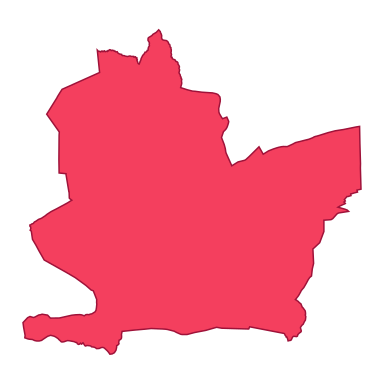 Francisco I. Madero, Hidalgo, Mexico
{"feature_id": "50627088B57086733135825", "entity_name": "Francisco I. Madero", "entity_type": "district", "adm_level": 2, "iso_a3": "MEX", "parent_name": "Mexico", "parent_adm1": "Hidalgo", "projection": "orthographic", "projection_center": [-99.084, 20.241], "detail": "fine", "context": "isolated", "style": "filled", "palette": "rose", "viewbox_px": 384, "rotation_deg": 0, "n_neighbors": 0, "source": "geoboundaries", "source_scale": "gbopen_adm2", "svg_char_len": 5748}
<svg xmlns="http://www.w3.org/2000/svg" viewBox="0 0 384 384"><path d="M23.0,322.6L23.6,327.2L25.1,335.4L24.8,337.8L25.9,338.2L27.5,338.8L29.2,339.2L32.4,339.5L34.5,340.5L35.8,340.8L36.9,341.0L39.1,341.0L41.6,340.4L43.1,339.3L47.6,336.3L50.6,335.3L53.8,336.1L55.4,336.8L58.1,338.6L58.7,339.4L60.2,340.7L61.1,341.7L61.9,342.0L63.8,341.8L67.3,340.6L69.1,340.7L74.3,341.7L75.6,342.4L76.7,342.5L77.4,343.8L78.5,344.4L79.2,344.3L80.5,343.2L81.3,344.1L81.7,344.1L82.6,343.0L83.0,342.8L84.7,345.4L85.3,346.0L86.0,345.9L86.5,345.6L87.5,345.5L90.7,345.9L91.5,346.8L93.8,347.1L95.5,347.7L96.4,348.6L97.9,348.6L99.5,348.4L100.8,347.7L102.4,347.4L103.2,347.5L104.3,348.0L107.3,350.8L108.5,352.2L109.9,354.2L112.2,353.9L114.4,352.7L116.0,350.2L116.6,347.5L116.7,345.6L117.6,345.2L118.6,344.3L119.0,343.7L118.7,342.9L119.1,340.2L120.3,339.6L121.0,339.0L121.4,338.3L121.6,337.0L121.5,334.3L122.1,331.4L134.1,330.1L144.5,329.2L151.2,328.5L162.7,329.0L165.6,329.2L167.6,329.5L174.2,331.2L176.4,332.4L180.8,334.3L182.0,334.5L187.1,334.5L194.7,332.5L205.7,330.4L216.6,327.3L221.7,328.2L248.7,329.0L249.7,326.8L283.9,333.4L284.4,333.7L284.7,334.1L285.2,335.4L286.3,336.7L286.3,337.0L286.7,336.9L287.5,338.6L288.1,340.9L289.6,340.5L290.0,340.5L290.8,340.3L291.2,339.9L291.7,339.0L292.4,337.4L293.1,336.6L293.4,336.4L293.9,336.3L296.5,336.6L297.2,336.3L297.6,335.8L297.7,334.7L299.6,332.8L300.4,332.4L301.0,331.8L301.3,331.0L300.8,329.0L300.5,328.2L300.5,327.3L301.1,326.4L302.2,325.0L303.2,324.2L304.3,321.8L305.4,320.1L305.8,316.6L305.3,315.1L305.3,314.7L305.6,314.2L305.4,311.8L305.1,310.7L303.0,307.8L302.3,307.2L302.0,306.6L300.9,303.8L299.5,302.8L299.0,302.4L298.4,301.5L297.3,300.9L296.6,300.2L295.4,299.6L298.5,295.7L300.7,291.8L301.2,290.7L302.4,289.2L303.8,287.6L306.3,283.3L308.2,279.7L309.7,277.5L311.5,276.0L312.3,268.9L313.6,263.4L312.9,249.0L319.7,242.7L323.9,231.5L323.9,220.2L330.6,219.7L331.4,219.5L332.8,218.6L337.0,213.9L338.3,213.1L339.1,212.9L348.6,211.4L347.3,210.1L345.0,209.2L338.0,207.2L340.0,206.0L345.3,203.5L344.4,202.2L344.0,202.0L345.3,201.0L344.7,199.9L344.4,199.6L347.0,196.5L347.4,196.6L348.1,196.5L351.0,195.6L350.7,193.9L352.5,193.5L354.0,193.0L357.5,192.1L357.0,190.1L361.0,189.2L360.4,167.9L360.5,163.7L359.9,143.4L359.6,126.4L355.9,127.0L343.6,129.5L335.2,130.8L328.2,132.6L317.3,136.0L315.2,136.5L314.1,136.9L312.8,137.7L309.0,139.2L295.5,142.6L292.7,144.1L287.5,146.5L286.8,146.6L283.5,146.5L281.5,146.7L278.7,147.3L276.6,147.9L273.3,149.0L268.5,150.9L263.2,154.2L259.0,146.8L249.1,156.6L245.7,159.7L244.6,160.3L238.1,161.9L231.8,165.8L226.2,153.3L225.8,152.1L225.3,148.6L224.2,144.5L221.5,137.5L223.5,131.6L224.8,130.4L226.2,128.8L227.2,126.9L228.2,123.9L228.6,122.3L228.7,121.4L226.8,117.1L222.6,118.7L221.6,117.4L219.5,113.8L218.9,112.1L218.7,108.6L220.2,101.5L220.3,99.4L219.9,96.9L217.9,94.5L216.0,93.7L212.5,92.9L201.9,92.2L195.2,91.3L192.5,91.1L187.4,89.8L180.6,87.6L181.7,83.8L181.7,82.5L181.5,81.4L181.6,80.8L181.5,80.0L181.7,79.7L181.8,79.2L181.0,78.2L181.1,77.3L180.9,76.9L180.5,76.4L180.3,76.0L180.3,75.1L179.7,74.0L179.3,73.6L179.3,73.3L179.0,72.7L179.6,70.1L179.5,69.4L179.1,68.7L179.0,68.3L179.2,67.6L179.4,67.2L179.4,66.5L178.8,65.2L178.1,64.4L177.9,62.7L177.3,61.9L176.2,61.6L175.7,61.2L175.6,60.6L175.3,60.2L174.8,59.7L174.3,59.7L174.1,59.5L173.1,59.1L172.4,58.7L172.2,58.2L172.1,57.3L171.4,57.2L171.1,56.9L171.1,55.9L171.5,55.0L171.5,54.4L171.3,53.7L171.1,53.1L171.0,52.4L171.2,51.8L171.3,49.8L171.0,49.0L170.9,47.5L170.1,46.9L169.9,45.0L169.6,44.4L168.7,43.9L168.3,42.3L167.3,41.2L166.5,40.6L163.2,40.1L162.0,39.1L161.6,37.9L161.7,35.6L161.2,33.9L160.7,33.1L160.4,32.2L160.3,31.6L158.7,29.8L156.2,32.4L152.8,34.4L152.0,35.5L148.4,37.7L148.0,38.8L148.0,40.4L148.5,41.2L149.3,42.5L149.4,43.1L149.4,43.6L149.2,44.0L149.4,45.8L149.1,46.3L148.4,47.3L148.4,47.9L148.1,48.8L148.2,49.2L148.2,49.7L148.0,50.2L147.7,50.4L147.2,50.4L146.9,51.2L146.0,52.1L145.7,52.2L145.0,52.2L144.8,52.8L143.8,54.3L143.4,54.8L142.9,55.1L142.5,55.7L142.3,56.5L141.8,57.1L141.0,58.9L141.0,59.8L140.5,60.3L140.4,61.2L140.0,61.6L140.0,62.1L139.1,64.1L138.5,63.8L138.1,63.4L137.7,62.4L137.5,61.4L137.3,61.0L136.9,60.7L137.0,60.3L137.3,59.7L137.0,59.3L136.7,59.1L136.7,58.8L137.0,58.1L136.9,58.0L136.8,57.8L136.0,57.8L135.8,57.6L135.5,56.8L135.2,56.8L134.2,57.2L133.9,57.1L133.7,56.4L131.5,56.4L130.8,56.3L130.3,56.0L129.5,56.0L127.7,56.5L127.4,56.5L125.2,56.1L124.1,55.6L122.5,55.6L122.0,55.3L121.7,54.4L119.5,54.0L117.8,52.9L117.2,51.7L116.1,51.9L115.4,51.6L115.1,51.1L114.4,51.2L113.9,50.5L113.2,50.6L112.7,50.2L111.8,50.5L111.2,50.6L110.9,50.0L110.2,49.8L109.7,49.7L109.2,50.0L108.8,50.3L108.6,50.8L108.4,50.9L107.8,50.7L107.4,51.5L106.2,51.2L105.7,51.6L105.1,51.7L104.8,51.5L104.4,50.8L104.2,50.8L103.7,51.2L103.7,51.4L103.4,51.6L102.7,51.6L102.4,51.1L101.9,51.0L101.6,51.1L101.6,51.5L100.9,51.5L100.5,51.9L99.5,51.3L98.2,51.4L97.9,51.2L97.9,50.7L97.3,50.1L99.6,72.5L62.1,89.3L59.6,93.2L57.4,96.8L57.0,97.7L46.7,114.2L59.3,132.0L59.1,135.3L58.9,159.5L59.1,173.0L66.0,173.7L66.0,174.4L68.9,191.9L69.1,192.0L69.3,198.1L69.7,198.6L71.8,200.2L67.5,202.9L56.6,208.8L51.1,211.6L47.0,214.3L45.2,215.8L41.4,218.3L38.5,219.4L36.1,221.1L34.4,222.0L33.4,223.3L32.8,223.7L31.9,223.9L31.3,224.3L30.8,224.8L29.9,225.0L29.9,226.0L30.1,226.5L30.6,226.8L30.8,228.5L30.2,230.3L31.3,231.1L32.5,239.4L35.9,245.1L39.0,250.9L44.2,260.0L65.8,272.1L75.2,277.6L85.9,285.4L91.1,290.0L93.3,290.8L96.7,299.5L96.6,302.6L96.8,304.2L96.4,308.0L96.0,310.3L95.0,311.9L91.7,313.9L90.2,314.1L89.0,314.7L87.7,314.5L86.0,314.6L84.2,315.8L81.8,314.9L79.8,314.6L75.5,314.8L71.8,315.2L59.3,318.0L50.4,318.1L47.6,315.1L42.1,314.2L40.5,314.7L38.7,315.0L35.0,317.0L33.6,317.5L32.0,317.1L30.0,316.5L27.6,317.7L23.0,322.6Z" fill="#f43f5e" stroke="#9f1239" stroke-width="1.5"/></svg>